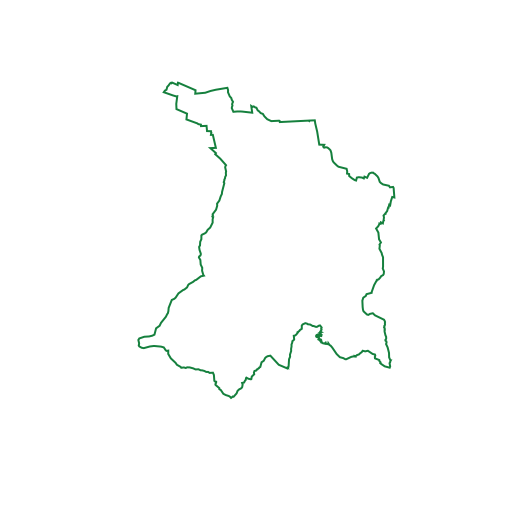 the district of Geoagiu, Hunedoara, Romania, rotated 218°
{"feature_id": "2599482B22315880947882", "entity_name": "Geoagiu", "entity_type": "district", "adm_level": 2, "iso_a3": "ROU", "parent_name": "Romania", "parent_adm1": "Hunedoara", "projection": "natural_earth1", "projection_center": [23.19, 45.959], "detail": "fine", "context": "isolated", "style": "outline", "palette": "green", "viewbox_px": 512, "rotation_deg": 218, "n_neighbors": 0, "source": "geoboundaries", "source_scale": "gbopen_adm2", "svg_char_len": 6147}
<svg xmlns="http://www.w3.org/2000/svg" viewBox="0 0 512 512"><g transform="rotate(218 256 256)"><path d="M214.5,393.6L214.9,393.8L216.1,393.0L217.1,391.6L217.5,390.4L216.6,386.0L219.4,385.3L218.8,383.5L220.7,383.1L223.5,381.4L224.8,379.9L223.6,377.1L224.9,376.6L228.3,376.3L231.8,376.4L233.1,377.9L235.0,377.0L236.2,378.8L238.3,380.5L246.0,377.1L248.0,377.1L252.5,377.6L253.9,378.1L255.6,379.2L260.2,383.7L262.3,385.1L263.2,385.3L265.5,385.5L266.9,385.3L268.0,384.6L269.0,383.3L270.3,383.5L270.7,385.6L274.7,382.7L284.4,391.7L290.9,396.9L293.2,399.1L297.2,395.7L297.1,395.1L298.0,395.0L319.7,376.2L320.6,377.0L321.0,376.9L327.0,371.7L331.4,370.7L335.3,371.2L338.1,372.2L340.2,371.5L342.8,371.9L344.3,371.8L347.0,373.1L348.0,372.6L349.9,372.5L350.4,371.5L352.1,371.3L347.2,366.6L356.3,361.0L359.6,358.5L362.6,355.7L366.1,357.6L366.6,358.4L367.2,360.1L368.2,360.8L368.6,361.6L369.0,363.3L371.3,364.2L372.8,365.3L374.9,365.6L378.9,367.8L380.1,369.5L382.1,370.9L390.0,362.3L393.4,358.1L396.5,353.4L403.8,346.5L405.7,349.4L423.8,344.7L424.2,344.5L423.0,342.5L428.9,341.0L428.9,340.1L429.7,340.0L430.0,339.1L429.9,336.4L430.1,334.7L428.9,331.9L429.6,330.3L429.5,328.3L420.3,331.4L417.0,332.7L416.4,333.4L412.5,326.8L409.1,322.8L398.0,325.7L394.9,320.8L383.8,324.4L382.6,324.4L380.3,325.6L379.3,324.5L375.1,328.1L371.5,324.3L368.3,326.6L368.0,326.1L367.3,325.9L366.1,323.7L364.6,324.9L354.2,316.5L358.4,312.9L350.9,312.4L350.8,311.1L344.2,310.7L335.5,309.1L335.4,308.0L334.9,306.9L331.6,304.2L331.0,303.0L329.3,301.1L328.9,299.1L328.3,298.3L327.9,296.5L327.4,296.0L326.9,294.3L325.8,293.9L322.2,285.6L321.1,283.9L320.5,281.2L319.0,277.1L318.9,273.3L317.5,271.7L316.0,267.9L315.9,262.2L315.0,261.6L314.8,260.3L314.4,260.1L313.7,260.3L312.7,258.1L310.7,255.6L309.6,250.2L310.2,246.9L309.8,243.9L310.3,242.2L311.6,239.7L311.7,238.6L309.4,235.6L308.7,232.8L306.6,229.8L306.5,228.4L306.2,227.9L304.2,226.0L301.0,223.9L300.5,223.3L300.1,222.2L300.5,220.6L300.1,219.7L297.4,218.6L294.3,215.2L291.1,213.6L289.4,211.2L285.8,208.6L285.0,208.4L286.9,206.1L288.4,200.4L289.2,199.1L289.6,197.0L291.5,192.5L291.6,191.4L291.0,188.8L291.8,185.5L292.5,184.3L294.1,178.8L293.7,173.7L294.0,172.0L295.3,169.5L292.9,161.4L291.1,158.6L290.2,156.6L290.2,155.5L289.6,152.6L289.7,144.8L289.0,141.7L290.2,137.5L287.6,131.5L288.7,129.3L290.7,126.8L294.3,123.6L297.2,119.2L297.0,117.4L294.3,115.2L293.2,113.2L292.2,112.9L289.6,113.3L287.7,114.3L283.9,119.4L281.0,122.3L275.1,126.1L272.4,127.2L269.0,126.1L268.0,126.2L266.9,127.4L264.9,124.8L260.1,122.9L253.6,122.3L251.4,121.6L247.1,122.2L246.1,121.9L244.2,123.8L242.4,124.5L241.7,125.9L239.6,127.4L236.3,128.8L233.8,129.4L231.6,131.3L229.1,131.9L228.1,132.7L226.0,133.6L223.9,134.0L222.3,135.2L220.6,135.3L218.1,137.5L215.9,136.3L212.0,132.0L211.3,131.8L210.0,132.4L209.4,131.6L209.1,130.0L208.5,129.5L203.6,129.3L202.9,128.5L201.1,128.7L196.9,127.3L194.2,127.8L191.3,128.9L189.9,129.1L188.3,128.8L187.8,130.9L187.4,130.9L187.0,131.3L186.7,135.8L187.5,138.4L187.1,140.8L186.4,142.0L186.1,143.5L186.2,144.2L187.4,146.5L188.8,147.4L187.5,149.0L187.9,150.9L187.8,152.0L188.7,153.7L188.7,154.2L186.4,154.6L184.1,155.7L183.9,156.1L185.1,158.4L184.6,161.7L185.9,162.9L186.4,164.5L185.3,165.9L185.5,167.1L185.0,167.6L185.0,168.5L184.6,169.4L184.8,170.0L184.3,171.2L186.2,175.7L185.4,178.2L186.0,181.3L185.8,182.5L185.2,184.1L183.3,186.3L171.1,184.3L162.0,186.7L162.2,187.3L161.9,187.4L162.5,187.8L162.1,188.5L162.7,189.6L166.4,195.0L167.1,197.6L168.5,199.2L169.8,202.8L171.1,204.3L172.3,206.6L173.5,208.1L174.1,210.0L174.9,211.3L174.5,213.2L174.6,213.8L177.1,216.4L176.3,217.3L175.9,218.8L175.9,221.5L176.3,221.6L175.7,223.6L175.8,224.7L175.1,226.8L177.1,229.4L177.1,230.8L175.8,233.4L174.2,234.1L173.2,234.1L171.0,235.4L168.3,235.7L167.5,236.3L165.0,237.1L164.3,237.8L163.5,239.9L162.8,240.7L160.3,240.1L160.0,239.0L159.3,238.7L159.3,238.2L158.9,237.9L158.8,236.1L157.9,236.2L158.4,235.7L158.2,235.5L158.5,234.8L157.6,235.0L157.4,234.7L157.4,234.1L157.0,234.3L156.8,233.9L155.8,234.2L155.3,233.1L155.8,232.8L156.2,232.9L156.6,232.3L157.3,233.7L158.0,233.4L157.9,232.5L158.9,232.3L159.6,231.0L159.4,229.9L158.7,229.5L158.2,229.6L158.2,230.8L158.0,231.3L157.5,231.5L156.9,230.7L155.1,230.0L156.1,229.8L155.1,229.4L155.2,228.7L154.0,228.9L152.7,228.5L152.9,228.8L153.7,229.0L153.7,229.7L153.5,229.9L153.3,229.7L152.9,229.9L151.3,228.6L149.6,228.4L147.5,229.4L148.0,229.8L147.8,230.6L146.9,230.0L144.8,230.9L145.3,231.8L143.1,231.1L142.0,231.3L139.6,230.8L132.1,228.4L127.6,227.9L124.3,229.3L122.2,229.6L121.4,230.1L118.8,235.2L116.8,237.6L116.6,237.4L116.3,237.6L116.6,237.9L115.9,238.1L116.1,238.3L115.5,239.3L115.4,240.2L114.3,241.7L114.0,243.7L113.5,245.2L113.6,247.0L111.2,248.1L109.5,250.2L103.8,250.6L101.6,251.6L100.7,251.0L100.2,249.6L99.2,248.6L94.8,249.9L94.1,249.2L92.4,248.9L92.2,248.1L90.8,248.0L86.6,248.3L81.9,250.3L82.3,251.6L84.8,253.8L84.8,254.7L85.2,255.3L85.5,256.6L85.7,256.4L88.7,258.1L91.5,261.5L96.0,265.0L99.3,266.7L99.8,268.1L100.7,269.0L101.9,269.0L102.4,269.6L102.4,270.7L102.8,271.4L103.9,272.6L105.0,273.1L107.9,275.4L108.7,276.2L108.9,277.0L109.3,277.1L109.8,278.0L111.1,278.6L111.1,279.2L111.8,279.7L111.8,280.6L112.4,281.8L113.2,282.5L113.6,283.4L114.7,284.1L115.9,284.6L125.7,282.5L128.7,282.8L130.6,280.5L131.2,278.8L132.5,278.2L137.2,278.6L138.6,279.5L140.5,281.4L144.7,286.3L145.8,289.2L144.9,292.1L145.4,294.0L142.2,298.2L142.7,298.9L145.0,305.8L145.7,310.1L145.6,310.8L146.0,311.3L145.9,311.9L145.6,312.0L145.0,313.1L144.8,315.7L145.0,317.0L144.1,319.3L144.3,320.5L145.6,322.6L148.4,324.2L149.3,325.8L155.1,333.2L157.8,334.8L158.6,335.6L163.2,337.7L164.9,340.5L165.7,341.0L165.9,343.6L169.3,344.9L174.0,349.8L178.3,351.6L178.0,354.5L178.4,357.0L178.8,357.6L177.6,358.1L178.3,359.4L176.1,359.8L177.2,361.9L177.1,362.7L177.5,362.8L179.0,365.3L180.4,366.4L180.3,368.1L179.9,369.0L180.3,369.2L180.3,372.1L181.7,375.5L181.3,375.7L182.6,378.4L181.9,378.5L182.1,379.0L181.7,378.9L183.4,382.1L185.0,386.4L183.0,387.3L189.4,394.3L190.5,394.8L192.7,392.6L194.5,393.2L199.9,390.6L202.5,390.4L204.1,390.6L207.4,392.8L209.2,393.5L213.0,393.9L214.5,393.6Z" fill="none" stroke="#15803d" stroke-width="2"/></g></svg>